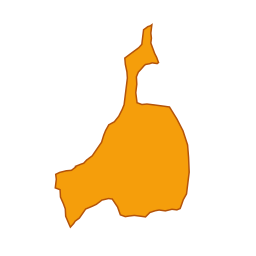 outline of Pukchang, P'yŏngan-namdo, North Korea, rotated 97°
{"feature_id": "82179303B65927505203644", "entity_name": "Pukchang", "entity_type": "district", "adm_level": 2, "iso_a3": "PRK", "parent_name": "North Korea", "parent_adm1": "P'yŏngan-namdo", "projection": "natural_earth1", "projection_center": [126.287, 39.559], "detail": "fine", "context": "isolated", "style": "filled", "palette": "amber", "viewbox_px": 256, "rotation_deg": 97, "n_neighbors": 0, "source": "geoboundaries", "source_scale": "gbopen_adm2", "svg_char_len": 1352}
<svg xmlns="http://www.w3.org/2000/svg" viewBox="0 0 256 256"><g transform="rotate(97 128 128)"><path d="M22.6,116.9L23.8,118.2L25.0,120.7L28.6,124.5L32.3,124.5L37.2,124.5L43.3,124.5L46.9,127.0L50.5,130.8L54.1,134.6L59.0,139.7L65.1,138.4L72.4,135.9L78.5,134.7L84.6,134.7L96.8,134.7L105.3,134.7L110.2,136.0L117.5,138.6L123.5,142.3L127.1,147.4L133.2,149.9L138.1,151.2L145.4,152.5L152.7,156.3L160.0,160.1L164.8,165.1L168.4,167.7L169.6,170.2L172.5,175.5L173.2,175.2L176.9,179.0L178.0,184.1L180.4,190.4L182.8,194.1L187.7,192.9L191.4,192.9L196.3,192.9L197.5,187.9L204.8,186.6L211.0,182.9L215.9,180.4L223.2,179.1L231.8,174.1L233.4,173.1L229.4,170.3L226.9,169.1L223.3,165.3L218.4,162.7L213.6,160.2L210.0,153.9L207.6,150.1L202.7,145.1L200.4,138.8L200.4,135.0L207.7,128.7L215.1,125.0L216.3,119.9L215.2,116.1L214.0,111.1L214.0,106.1L214.1,99.8L209.2,96.0L206.8,90.9L205.6,87.1L205.7,80.8L203.3,74.5L203.3,69.5L201.6,66.5L198.5,65.7L192.4,64.4L186.3,61.9L175.4,61.9L164.4,61.9L149.8,64.3L137.6,66.8L124.1,73.1L113.1,80.6L102.1,89.4L102.0,94.4L101.9,104.5L101.9,112.1L103.0,117.1L101.8,122.1L92.0,124.6L83.5,124.6L76.2,125.9L71.3,124.6L67.7,122.0L64.0,119.5L62.8,118.3L61.6,114.5L60.4,112.0L60.5,106.9L59.3,105.7L54.4,108.2L50.7,110.7L45.8,113.2L40.9,115.7L36.0,115.7L31.1,116.9L25.1,116.9L22.6,116.9Z" fill="#f59e0b" stroke="#b45309" stroke-width="1.5"/></g></svg>